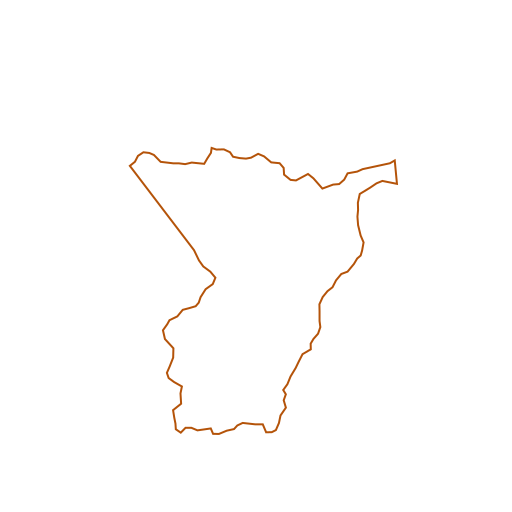 the district of Iguaraçu, Paraná, Brazil, rotated 323°
{"feature_id": "56859067B69618281241439", "entity_name": "Iguaraçu", "entity_type": "district", "adm_level": 2, "iso_a3": "BRA", "parent_name": "Brazil", "parent_adm1": "Paraná", "projection": "albers", "projection_center": [-51.847, -23.218], "detail": "fine", "context": "isolated", "style": "outline", "palette": "amber", "viewbox_px": 512, "rotation_deg": 323, "n_neighbors": 0, "source": "geoboundaries", "source_scale": "gbopen_adm2", "svg_char_len": 1707}
<svg xmlns="http://www.w3.org/2000/svg" viewBox="0 0 512 512"><g transform="rotate(323 256 256)"><path d="M93.5,335.8L90.8,341.4L87.7,346.1L89.6,351.8L96.3,350.8L101.0,354.3L104.3,360.0L108.8,362.5L116.1,366.5L114.7,372.2L119.3,375.8L127.5,377.9L134.3,381.0L139.1,380.1L144.9,381.3L154.0,389.9L160.1,394.5L158.0,402.9L162.6,406.2L167.1,407.0L173.8,403.2L179.6,398.1L188.6,395.1L191.3,387.9L196.6,384.4L197.1,379.4L203.9,377.3L211.1,373.0L220.3,369.3L226.3,366.2L234.1,362.4L243.6,363.5L246.9,358.9L252.0,356.8L258.8,355.4L264.6,351.5L267.6,346.2L273.4,338.5L277.6,332.7L284.6,328.9L291.9,327.1L298.3,327.0L305.3,323.6L313.3,321.7L319.7,323.6L329.4,321.3L335.3,318.9L339.9,318.6L343.9,315.6L350.1,309.9L351.9,302.6L356.1,292.8L360.7,285.6L365.2,280.7L369.4,274.8L376.2,268.9L388.2,270.1L396.0,270.5L402.1,272.1L412.0,283.2L424.3,263.2L418.7,262.5L393.4,250.8L387.6,249.5L378.9,245.1L372.4,248.1L365.7,248.6L360.6,245.4L349.6,242.1L348.6,228.5L346.9,221.8L333.4,219.7L329.4,216.0L327.4,207.9L331.1,202.3L330.7,196.1L324.5,190.4L322.4,181.3L319.2,175.7L311.2,174.5L306.6,172.2L301.7,167.8L297.4,162.9L297.7,157.5L294.5,151.5L288.4,147.1L285.6,143.0L282.1,146.5L275.8,148.8L270.1,151.2L260.9,142.7L254.7,140.0L250.3,135.7L245.6,132.1L236.5,123.4L235.3,113.9L232.8,109.5L228.5,105.4L222.0,105.0L216.0,107.9L209.5,108.1L210.0,214.1L207.8,225.2L207.6,232.6L210.1,241.0L210.5,248.9L204.6,252.4L195.8,252.2L187.0,255.5L182.2,258.8L177.6,259.8L171.2,257.4L165.1,254.9L156.8,256.9L148.3,255.2L144.0,257.1L137.0,259.3L133.3,267.5L134.5,280.0L128.7,287.3L120.7,292.2L114.5,295.7L112.8,300.9L114.7,307.3L118.3,315.6L113.0,320.3L107.3,328.9L97.0,329.2L93.5,335.8Z" fill="none" stroke="#b45309" stroke-width="2"/></g></svg>